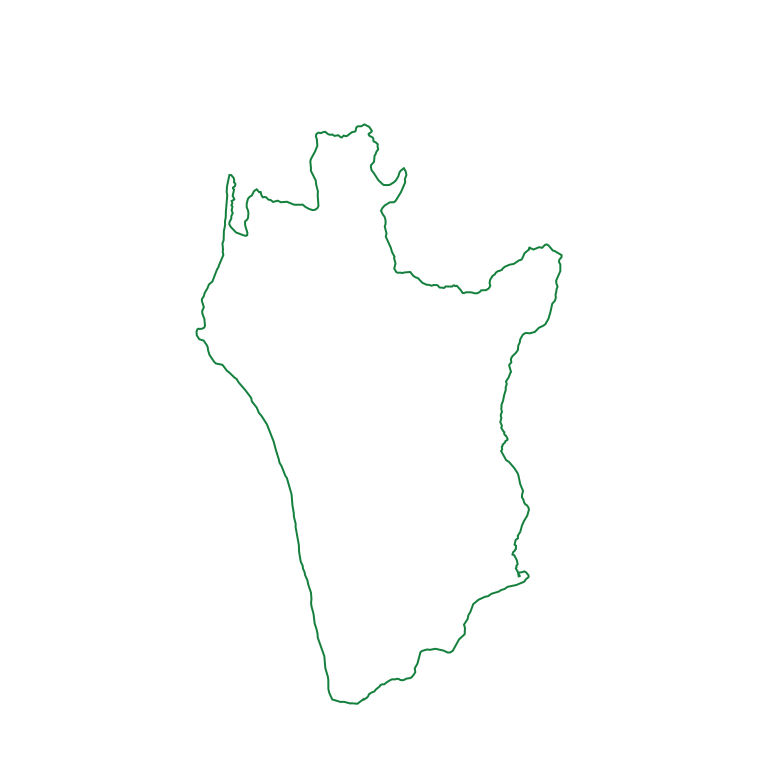 the district of Puerto Jimenez, Puntarenas, Costa Rica, rotated 56°
{"feature_id": "36466004B12090025276311", "entity_name": "Puerto Jimenez", "entity_type": "district", "adm_level": 2, "iso_a3": "CRI", "parent_name": "Costa Rica", "parent_adm1": "Puntarenas", "projection": "albers", "projection_center": [-83.47, 8.533], "detail": "fine", "context": "isolated", "style": "outline", "palette": "green", "viewbox_px": 768, "rotation_deg": 56, "n_neighbors": 0, "source": "geoboundaries", "source_scale": "gbopen_adm2", "svg_char_len": 6153}
<svg xmlns="http://www.w3.org/2000/svg" viewBox="0 0 768 768"><g transform="rotate(56 384 384)"><path d="M125.5,393.8L124.3,395.2L125.0,396.1L132.7,403.9L136.8,407.0L139.9,408.4L152.8,418.8L157.1,421.8L160.6,425.2L163.2,426.7L167.8,431.3L175.2,436.6L177.1,439.3L182.4,442.2L184.2,443.8L187.2,445.0L193.8,455.2L194.4,455.6L195.8,458.6L203.1,469.0L203.6,473.5L206.1,477.1L208.0,481.4L210.5,484.4L211.8,487.5L213.4,488.6L219.6,490.4L221.7,493.8L223.9,495.2L229.5,496.5L235.6,499.8L236.7,501.5L236.5,503.7L235.3,506.1L234.4,506.8L234.3,508.1L235.6,510.0L238.9,512.0L243.6,512.1L247.2,509.2L252.7,509.2L255.0,509.6L257.4,510.9L262.3,512.4L270.8,512.4L273.1,511.8L277.8,507.2L285.3,506.8L287.4,506.0L295.3,504.3L297.2,503.4L301.5,503.6L311.8,502.4L321.2,501.9L324.6,503.3L332.3,502.7L337.8,503.8L342.3,503.4L351.8,503.6L369.8,507.6L378.1,510.5L387.8,513.4L390.6,514.6L395.0,514.9L404.8,517.1L407.7,517.1L423.9,522.4L433.5,527.8L440.6,531.0L443.4,532.8L450.7,535.5L453.0,537.2L470.2,544.8L475.2,548.0L482.5,551.4L484.9,552.4L489.0,553.0L491.8,554.4L495.7,555.1L497.9,556.2L504.1,557.3L507.8,558.9L516.1,561.2L521.4,564.2L524.9,567.0L527.7,568.4L535.2,571.0L543.8,575.4L549.4,577.0L554.0,578.8L557.1,580.7L576.3,585.7L586.9,591.6L595.2,594.2L598.1,595.6L605.8,600.7L609.5,602.1L616.6,603.3L623.2,597.9L625.1,594.9L630.2,590.4L630.4,589.6L634.2,584.9L633.8,577.0L634.4,577.0L634.5,573.9L634.1,572.0L632.8,569.9L632.8,567.2L633.5,563.9L632.7,561.5L632.3,556.9L631.6,555.4L631.9,553.6L633.1,551.7L632.8,548.8L633.0,544.2L633.4,542.3L635.0,540.2L635.7,537.9L637.2,536.5L638.3,536.1L640.0,534.3L640.6,532.5L640.8,530.1L642.5,526.6L642.5,524.9L641.7,522.1L640.4,519.2L636.9,517.5L634.5,512.6L626.7,503.7L626.6,501.6L628.2,496.7L630.0,494.7L632.3,489.4L638.3,483.7L642.3,481.3L643.5,479.4L643.7,476.3L637.7,464.6L636.5,457.0L631.5,453.3L628.2,452.2L625.6,446.1L622.7,443.1L621.4,440.1L616.4,433.1L615.7,426.4L616.9,419.1L618.1,416.4L618.0,412.2L620.3,404.8L620.3,402.2L621.4,398.5L621.2,395.1L624.6,386.8L626.3,378.3L625.2,375.5L625.0,372.5L624.4,371.6L623.3,371.2L619.7,371.5L617.8,372.4L617.4,374.3L615.7,378.0L616.6,378.8L618.6,378.6L619.2,379.0L618.8,379.9L615.0,378.2L610.6,377.8L610.1,376.7L608.9,376.1L608.2,374.0L604.3,372.4L598.8,371.8L597.2,372.9L595.6,370.9L595.3,368.6L594.6,367.9L594.5,366.8L591.8,365.0L590.2,365.6L586.9,362.0L586.8,359.2L584.6,357.9L582.8,353.8L578.3,348.5L575.7,344.2L573.2,338.8L569.3,334.2L567.2,333.3L564.8,333.3L562.7,334.1L560.8,334.1L557.7,333.1L555.1,333.0L552.9,331.4L550.4,328.5L543.3,327.1L534.7,323.6L532.3,323.1L526.2,323.0L518.3,324.0L515.4,325.3L505.0,324.4L504.8,323.5L504.0,322.4L501.9,321.5L501.6,320.3L500.7,319.7L500.1,316.3L499.3,315.4L499.3,312.8L498.6,312.2L494.9,311.8L494.2,312.3L493.3,312.3L492.0,312.0L491.3,311.2L489.5,311.5L485.9,311.3L484.9,309.9L483.9,309.4L480.6,308.9L477.7,305.6L476.1,305.2L474.6,304.2L473.2,301.9L470.0,300.6L468.3,299.0L467.3,298.6L464.5,294.7L460.5,290.7L456.9,286.3L454.8,285.0L452.7,282.3L450.1,281.4L448.2,276.9L445.5,273.2L445.1,272.0L438.7,269.9L438.0,269.1L437.3,266.4L434.2,264.8L432.8,262.2L431.9,257.1L430.5,253.7L427.4,251.4L425.3,248.0L423.5,246.5L422.5,244.9L420.7,241.1L420.7,239.1L421.2,237.6L423.5,234.8L425.2,229.9L424.0,224.0L424.7,219.9L424.7,216.9L421.9,211.2L417.5,205.9L411.5,199.6L410.6,195.9L408.7,193.4L405.8,191.8L404.6,190.3L401.8,187.8L400.4,185.7L396.6,184.7L394.6,183.5L389.0,174.7L383.4,170.9L381.0,170.8L379.6,169.8L378.8,168.7L378.2,166.0L376.5,164.7L368.9,168.3L367.8,169.4L361.2,170.1L359.3,171.0L358.7,172.7L359.5,176.8L357.3,178.9L356.1,184.9L352.3,187.1L352.5,187.9L353.6,188.4L354.1,194.2L357.6,199.8L357.6,201.5L357.0,202.8L357.0,209.3L355.3,213.2L354.4,218.0L354.6,221.0L355.3,222.3L354.7,225.3L354.2,226.2L354.2,228.9L355.1,230.9L355.1,233.6L357.0,237.8L359.3,240.0L362.1,241.0L363.4,243.8L363.2,247.1L360.7,250.9L361.2,253.0L361.0,255.9L359.2,258.5L357.7,259.5L355.8,261.7L353.8,264.8L353.5,266.4L352.6,267.9L348.8,267.9L343.3,268.7L342.6,270.3L341.5,270.6L341.1,271.3L341.3,273.0L337.6,278.4L338.0,280.4L334.9,284.1L332.8,284.2L331.5,284.9L329.7,287.5L329.1,289.7L327.0,291.2L325.5,293.2L321.5,295.6L315.1,296.7L313.2,298.2L310.5,299.3L305.8,299.6L303.1,304.4L302.1,307.0L301.2,307.7L299.4,310.4L298.3,311.2L294.1,311.0L290.4,307.0L285.1,305.2L284.4,304.1L279.2,303.6L274.5,302.1L262.8,300.1L260.7,297.8L253.8,295.3L252.3,293.3L249.4,291.3L247.3,290.5L245.4,290.0L243.0,290.2L238.7,289.6L237.2,286.9L236.4,283.6L236.6,277.7L238.9,274.0L238.6,271.8L234.4,262.6L228.7,253.7L225.8,252.1L223.3,248.6L219.9,247.1L216.2,246.9L216.5,250.8L217.2,252.7L219.9,256.1L221.9,260.4L222.3,263.0L222.1,268.0L220.5,270.8L218.5,273.2L211.9,274.7L202.9,274.5L199.9,274.8L196.3,273.3L195.2,272.0L194.2,268.0L189.5,264.2L188.6,262.2L187.2,260.4L186.2,257.6L183.6,256.6L181.7,255.1L178.8,255.8L177.4,256.8L176.4,256.8L174.6,255.6L173.2,255.6L170.1,257.3L168.7,257.3L168.0,256.8L168.0,253.4L167.3,252.5L162.5,252.5L157.8,255.1L157.7,258.5L155.7,261.7L155.8,263.4L158.4,266.2L158.4,267.2L157.3,270.0L157.7,276.1L157.0,277.3L155.5,278.5L156.0,281.1L155.1,281.9L152.2,282.8L150.6,286.3L148.3,287.3L147.5,289.0L145.7,290.6L142.0,291.7L141.0,294.2L140.8,295.9L138.9,297.9L139.0,300.4L140.6,302.0L143.3,302.7L149.2,306.0L152.6,311.0L156.7,318.9L158.5,320.8L164.0,323.7L166.3,325.4L177.1,326.8L180.9,328.8L187.2,331.0L191.0,333.8L199.0,338.3L199.9,339.0L201.0,341.0L201.0,343.7L199.9,346.0L196.7,348.4L193.3,350.1L189.9,351.1L185.2,358.2L178.6,362.6L175.7,367.8L172.5,369.7L171.1,374.1L168.1,375.1L166.4,376.8L163.3,377.3L162.1,378.5L161.5,380.1L159.2,380.1L155.8,378.9L155.3,380.2L151.4,380.7L151.4,383.9L153.8,388.0L153.7,390.7L154.3,393.1L157.6,396.9L160.5,398.9L164.7,399.9L166.9,401.1L170.3,403.9L171.2,405.6L171.5,408.2L172.0,408.7L175.1,410.5L182.3,412.7L184.1,414.2L184.0,415.5L182.6,417.0L175.7,421.9L168.3,423.2L165.1,423.0L163.2,421.4L161.4,418.0L159.4,416.7L157.9,414.0L154.7,413.1L152.3,410.5L150.4,410.5L149.8,409.3L148.7,408.3L147.1,408.0L147.3,405.2L147.1,404.7L143.3,404.2L139.0,399.6L137.4,399.8L136.7,399.3L136.7,397.1L135.2,395.4L134.5,395.2L132.9,395.6L131.4,394.3L129.2,393.4L125.5,393.8Z" fill="none" stroke="#15803d" stroke-width="2"/></g></svg>